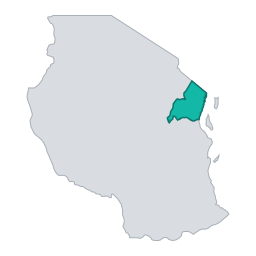 where Tanga sits in United Republic of Tanzania
{"feature_id": "TZA-3395", "entity_name": "Tanga", "entity_type": "Region", "adm_level": 1, "iso_a3": "TZA", "parent_name": "United Republic of Tanzania", "parent_adm1": "", "projection": "natural_earth1", "projection_center": [38.386, -5.115], "detail": "fine", "context": "in_parent", "style": "filled", "palette": "teal", "viewbox_px": 256, "rotation_deg": 0, "n_neighbors": 0, "source": "natural_earth", "source_scale": "10m", "svg_char_len": 5693}
<svg xmlns="http://www.w3.org/2000/svg" viewBox="0 0 256 256"><path d="M92.6,192.1L89.6,190.3L86.9,189.2L84.7,188.0L83.8,186.8L81.7,186.4L79.9,186.2L78.3,185.1L74.9,184.7L74.5,183.9L74.4,182.3L73.8,181.9L72.6,181.5L71.3,181.5L70.5,181.7L70.0,181.6L68.9,180.6L67.9,179.4L67.5,177.5L65.9,176.2L64.1,175.3L59.2,175.4L58.4,175.1L57.2,174.1L55.8,172.5L54.7,170.6L53.7,168.1L52.7,164.7L46.9,151.2L46.3,148.6L45.2,145.8L43.4,142.3L41.4,139.7L38.8,137.4L35.8,135.0L34.2,133.4L31.1,127.1L30.5,124.1L30.0,121.0L30.2,119.8L32.1,115.8L32.3,114.7L32.0,113.1L31.1,110.0L29.9,106.1L27.4,99.1L27.1,97.3L27.1,96.0L28.5,88.9L28.5,87.9L34.2,88.0L38.4,84.9L42.0,80.3L42.7,78.3L44.2,75.3L45.6,73.8L46.2,72.8L47.0,69.8L48.9,67.8L50.7,66.3L50.3,65.2L50.6,64.8L51.6,64.0L53.6,63.2L54.0,61.7L54.0,59.9L53.6,58.9L53.7,57.8L53.4,57.1L52.1,57.0L50.2,56.1L48.6,55.7L47.5,55.2L47.1,54.8L46.9,53.8L47.8,51.0L46.9,49.9L48.9,45.4L49.3,44.9L50.0,44.8L51.1,44.3L52.2,44.1L53.1,44.3L53.7,44.1L54.3,43.6L54.7,42.0L55.1,39.5L54.9,37.4L54.1,35.8L53.8,33.3L54.2,30.0L53.9,27.3L53.0,25.1L52.1,23.8L50.7,23.2L48.4,19.8L47.7,18.2L47.8,17.2L48.6,16.8L50.1,16.9L51.4,16.5L52.7,15.6L53.9,15.4L54.5,15.5L111.4,15.5L177.9,58.4L178.2,58.9L178.7,62.6L178.6,63.9L177.6,66.0L177.3,67.1L177.3,67.9L177.5,68.2L178.4,68.3L179.2,68.8L179.4,69.2L180.0,70.8L180.7,71.6L206.0,92.7L206.6,93.0L206.2,94.8L204.8,99.1L204.7,100.8L204.1,102.9L203.6,104.3L202.1,110.4L200.9,112.6L199.3,117.9L199.0,122.0L199.9,124.8L200.2,127.4L202.2,130.0L203.7,131.0L204.8,132.2L206.7,134.9L207.7,137.6L211.1,138.9L212.4,142.0L211.9,144.1L210.4,145.8L208.9,148.7L207.7,152.4L207.7,158.0L208.5,157.2L210.3,158.6L210.5,162.7L208.7,167.6L208.1,169.9L208.0,171.8L209.3,177.7L211.3,180.6L211.2,181.5L210.7,182.3L214.1,187.6L213.8,192.1L215.1,195.7L215.7,198.8L216.5,201.1L216.7,202.7L215.6,204.6L218.1,205.0L219.6,206.5L220.3,207.9L222.1,207.8L223.0,208.8L224.5,209.6L227.6,212.0L228.4,213.2L228.9,214.3L220.3,221.8L217.2,223.7L215.0,224.6L212.7,225.1L210.4,226.3L208.3,228.2L205.6,229.1L202.3,229.1L198.8,230.4L193.3,234.3L190.1,232.1L187.6,231.4L184.7,231.5L183.0,231.8L182.4,232.2L181.8,233.5L181.4,235.7L179.5,237.8L176.2,239.8L173.1,240.5L170.3,240.0L168.5,239.2L167.5,238.0L166.0,237.5L164.1,237.6L162.3,238.4L160.5,240.0L157.7,240.6L153.9,240.4L151.8,239.7L151.5,238.4L149.8,236.9L146.8,235.1L144.5,235.1L143.0,236.8L141.7,237.8L140.5,238.2L139.4,238.3L137.9,237.8L133.6,237.7L129.6,237.7L129.2,235.3L128.3,233.9L127.6,233.0L126.2,232.8L125.8,232.1L125.4,230.6L124.7,229.3L123.8,228.2L123.2,227.3L123.0,226.4L123.2,225.4L124.0,222.9L124.3,221.2L124.2,219.5L123.7,217.7L122.7,215.6L122.8,215.0L122.5,213.5L122.5,212.5L122.7,211.3L122.5,209.6L121.6,206.1L121.6,205.2L120.8,203.5L118.1,199.4L117.9,198.9L113.7,194.8L112.0,193.9L111.4,194.7L111.2,195.4L111.4,196.7L111.3,197.4L111.1,197.7L110.1,197.6L109.5,197.5L107.9,196.4L106.7,196.1L103.6,196.3L102.5,196.5L101.7,196.3L100.0,194.4L98.1,194.0L96.4,193.9L93.6,191.8L92.6,192.1ZM211.5,124.1L212.9,128.6L212.7,129.5L211.7,130.0L211.2,130.0L210.6,129.3L210.2,127.8L209.5,128.1L208.2,126.3L206.9,126.3L205.8,124.1L206.3,122.2L206.0,119.0L207.4,117.4L208.1,114.6L209.0,116.5L209.2,119.5L210.4,122.9L211.5,124.1ZM218.2,97.5L218.3,98.6L218.0,99.6L218.1,102.7L218.0,104.8L217.0,107.8L216.1,108.8L215.4,108.5L214.7,108.0L214.3,107.2L215.2,101.9L214.7,97.9L216.7,98.3L218.2,97.5ZM215.4,162.0L214.4,162.3L214.0,162.0L213.4,161.2L214.5,160.4L215.5,159.0L217.8,156.8L218.9,155.1L218.8,156.8L217.4,160.4L216.3,160.7L215.4,162.0Z" fill="#d9dde1" stroke="#a8b0b8" stroke-width="1"/><path d="M191.9,81.0L192.1,81.1L193.6,82.4L195.2,83.7L196.7,85.0L198.3,86.2L199.8,87.5L201.4,88.8L202.9,90.1L204.5,91.4L206.0,92.7L206.1,92.8L206.4,92.9L206.6,93.5L206.5,94.2L206.1,94.6L205.6,94.8L206.0,95.0L206.3,95.1L206.5,95.6L206.5,96.1L206.4,96.5L206.3,96.8L205.7,97.9L205.5,98.2L205.4,97.9L205.4,97.5L205.5,97.1L205.6,96.7L205.5,96.3L205.2,97.4L204.9,97.8L204.5,97.7L204.8,98.3L204.9,98.5L204.9,99.7L204.9,99.9L204.7,100.0L204.5,99.9L204.3,100.0L204.2,100.1L204.1,100.5L204.0,100.8L204.3,100.7L204.9,100.5L204.9,100.8L205.1,101.3L205.1,101.5L204.4,102.3L204.2,102.5L203.9,103.4L203.3,104.3L203.3,104.5L203.6,104.5L203.9,104.1L204.0,104.3L203.2,107.0L203.0,107.4L202.8,107.8L202.6,108.0L202.4,108.1L202.2,108.2L202.1,108.5L202.4,108.8L202.5,108.9L202.5,109.2L202.3,110.1L201.7,111.3L201.1,112.4L200.5,112.9L200.8,113.0L200.6,113.4L200.6,114.4L200.5,114.8L200.2,115.1L199.9,115.9L199.5,116.6L199.4,117.1L199.3,117.5L199.3,118.9L199.2,119.1L199.1,119.3L198.9,119.6L197.4,119.4L197.1,119.7L196.7,119.8L196.2,119.8L195.9,120.2L195.5,120.3L194.5,120.9L194.2,120.7L194.0,120.8L193.6,120.8L193.3,120.6L193.1,120.8L192.9,121.0L192.3,120.8L192.0,120.6L191.7,120.3L191.1,120.3L190.6,120.1L190.2,119.3L189.4,119.1L188.7,118.8L188.2,118.2L187.1,117.5L185.8,117.4L185.3,117.6L184.8,117.7L183.6,117.4L180.8,118.3L180.5,118.6L180.1,118.4L179.8,118.7L179.8,119.3L179.1,119.5L178.2,119.5L177.7,120.1L177.2,119.6L176.0,118.1L175.8,117.1L175.2,116.8L174.9,116.8L174.6,116.6L174.3,116.6L174.1,116.5L174.0,116.4L173.9,116.3L173.4,116.1L173.1,116.6L172.8,119.0L172.2,119.6L171.5,119.9L170.9,120.7L170.2,121.4L169.8,122.2L169.3,122.8L168.9,122.4L168.4,121.9L168.4,121.7L168.3,121.0L168.7,120.4L168.2,120.2L167.7,119.9L167.4,117.7L169.5,116.0L170.1,114.9L170.5,112.5L170.8,111.3L172.5,108.8L172.9,107.5L173.3,105.4L173.3,104.8L173.2,104.3L173.3,103.8L176.0,100.1L177.0,99.0L177.9,99.0L178.8,99.4L179.9,99.7L181.0,99.3L181.9,99.0L183.1,98.7L183.4,98.7L183.9,99.1L184.4,99.4L185.3,99.4L185.1,98.7L184.8,98.1L184.6,97.5L184.5,96.8L184.1,96.3L183.9,95.4L183.9,94.4L184.0,93.0L184.9,91.9L185.8,91.2L191.9,81.0L191.9,81.0Z" fill="#14b8a6" stroke="#0f766e" stroke-width="1.5"/></svg>